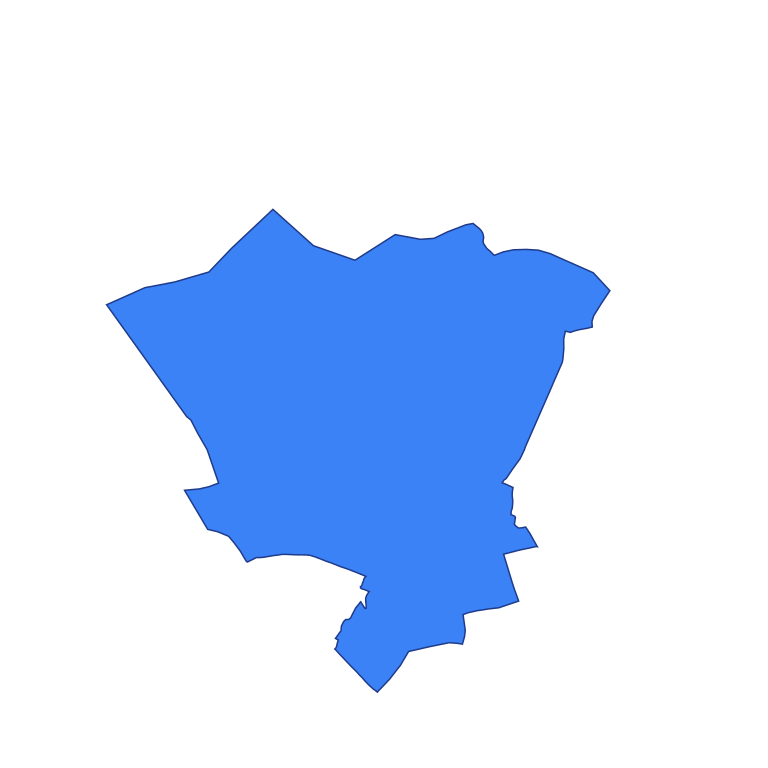 the district of Sokoto South, Sokoto, Nigeria, rotated 226°
{"feature_id": "59680162B89921626898623", "entity_name": "Sokoto South", "entity_type": "district", "adm_level": 2, "iso_a3": "NGA", "parent_name": "Nigeria", "parent_adm1": "Sokoto", "projection": "robinson", "projection_center": [5.246, 13.036], "detail": "fine", "context": "isolated", "style": "filled", "palette": "blue", "viewbox_px": 768, "rotation_deg": 226, "n_neighbors": 0, "source": "geoboundaries", "source_scale": "gbopen_adm2", "svg_char_len": 2715}
<svg xmlns="http://www.w3.org/2000/svg" viewBox="0 0 768 768"><g transform="rotate(226 384 384)"><path d="M446.1,166.7L401.9,156.2L393.3,161.7L382.5,166.4L374.2,165.9L363.4,164.5L356.9,162.9L352.1,161.8L350.8,162.1L347.8,171.6L345.4,174.1L343.3,176.6L340.4,180.8L337.0,185.8L334.0,189.7L332.5,192.0L329.5,195.2L322.9,201.4L315.6,208.8L312.3,211.7L307.2,214.5L297.2,219.1L293.8,220.7L292.2,221.7L290.4,222.4L281.9,226.3L276.8,229.0L268.1,233.0L258.2,237.4L258.2,236.7L258.2,235.9L258.0,235.0L257.5,233.6L257.1,233.1L256.7,232.6L256.4,231.9L256.0,231.0L255.7,230.2L255.3,229.5L254.8,228.7L254.5,228.1L254.3,227.5L254.4,226.8L254.4,226.5L254.5,226.4L254.3,226.3L254.1,226.0L253.7,225.5L253.0,225.5L252.2,225.7L248.7,227.6L244.9,229.1L244.9,228.1L244.6,227.2L244.0,224.7L242.7,222.1L240.3,219.8L237.4,217.6L235.2,215.4L235.6,214.4L238.6,214.9L240.1,215.3L241.8,215.6L243.5,216.0L243.5,215.2L243.1,212.7L242.6,208.1L241.4,204.6L240.3,201.3L239.0,197.8L239.0,195.7L239.7,194.4L241.2,192.8L241.2,190.4L240.5,188.0L239.4,185.1L236.2,181.5L236.1,179.8L234.7,172.3L231.7,173.3L231.1,172.3L229.8,170.0L228.1,167.5L227.6,166.1L227.5,164.5L225.8,164.6L221.3,164.4L211.6,164.3L203.2,164.2L196.2,164.4L192.0,164.2L189.0,164.3L183.0,164.0L178.2,164.0L173.3,164.3L171.8,164.4L170.2,164.8L166.9,165.2L167.1,166.4L167.3,173.0L167.8,183.1L169.5,195.0L170.2,200.3L174.5,215.9L163.2,234.6L152.6,251.2L146.4,256.7L142.4,259.7L146.3,266.4L150.3,271.3L163.2,280.7L161.1,285.5L156.2,293.6L152.7,298.4L150.3,302.0L143.3,311.1L134.3,330.1L145.1,334.9L152.1,338.3L178.5,351.8L170.7,365.6L161.4,380.5L160.4,381.3L161.7,381.6L167.5,383.1L174.9,385.1L179.6,386.0L182.7,386.5L183.2,385.9L184.5,383.6L186.9,380.7L190.2,380.2L192.5,380.3L194.5,383.0L196.8,385.9L197.9,386.2L201.9,384.7L204.2,387.2L205.5,389.9L208.4,393.3L210.9,395.8L214.7,398.7L217.7,401.9L219.9,404.9L227.4,402.0L230.8,400.4L231.6,403.5L231.1,406.2L233.6,418.0L235.7,430.0L239.2,439.4L240.7,442.3L247.1,457.9L263.3,497.3L267.0,506.2L267.2,506.6L275.6,527.0L277.4,529.7L284.3,537.7L291.2,544.2L293.1,546.8L296.0,551.2L291.6,554.0L290.4,556.9L287.5,562.1L283.0,568.8L280.3,573.4L284.5,577.0L287.4,582.2L289.6,591.0L290.9,596.1L294.2,611.3L318.6,611.8L353.4,597.7L362.2,594.2L373.2,587.9L381.8,580.0L390.5,570.5L396.1,561.7L400.0,552.6L405.7,552.6L410.0,552.1L413.8,552.8L416.0,553.2L417.9,554.5L420.4,557.7L423.9,559.8L426.4,560.4L429.3,560.6L437.6,559.6L441.7,553.4L449.3,535.4L454.0,521.2L462.8,510.7L483.7,495.8L493.2,449.1L532.5,429.3L586.8,425.4L587.5,368.4L586.2,335.8L593.8,321.4L602.9,304.1L619.4,278.9L633.7,239.5L497.6,219.4L492.4,220.1L477.4,215.6L459.7,211.2L427.6,196.2L431.8,186.6L436.8,178.3L446.1,166.7Z" fill="#3b82f6" stroke="#1e3a8a" stroke-width="1.5"/></g></svg>